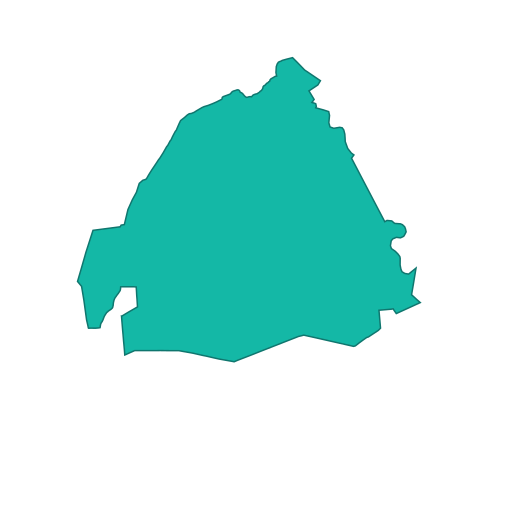 Frumuseni, Arad, Romania, rotated 45°
{"feature_id": "2599482B78271003832809", "entity_name": "Frumuseni", "entity_type": "district", "adm_level": 2, "iso_a3": "ROU", "parent_name": "Romania", "parent_adm1": "Arad", "projection": "mercator", "projection_center": [21.441, 46.085], "detail": "fine", "context": "isolated", "style": "filled", "palette": "teal", "viewbox_px": 512, "rotation_deg": 45, "n_neighbors": 0, "source": "geoboundaries", "source_scale": "gbopen_adm2", "svg_char_len": 3726}
<svg xmlns="http://www.w3.org/2000/svg" viewBox="0 0 512 512"><g transform="rotate(45 256 256)"><path d="M314.6,346.7L315.3,346.3L316.8,342.6L322.6,329.5L327.3,318.6L343.0,282.7L344.4,280.5L345.7,278.2L356.2,271.5L388.9,250.9L389.8,249.3L390.4,244.5L391.2,239.2L391.9,235.3L392.7,233.8L395.1,222.1L395.1,219.0L381.3,207.4L389.3,197.9L390.4,196.4L392.0,196.8L395.9,197.5L405.1,172.8L403.3,172.9L400.5,173.1L397.4,173.2L393.4,173.4L387.1,164.5L377.7,151.4L376.7,160.9L375.1,162.0L373.6,163.1L370.4,163.9L367.7,162.8L364.2,160.4L359.6,155.7L358.1,154.7L354.9,154.2L351.1,154.2L346.5,155.0L343.8,153.7L340.9,149.7L340.6,147.2L342.1,143.5L343.7,142.3L345.3,141.0L345.9,139.5L346.5,137.6L346.1,135.8L345.1,132.8L342.5,131.1L340.4,130.2L337.4,130.3L335.4,131.1L331.0,134.9L327.2,135.2L323.5,138.2L322.8,140.7L298.7,133.2L273.8,125.4L254.4,119.3L253.8,115.3L250.6,115.8L244.8,115.1L238.2,112.0L235.8,109.8L232.6,107.0L228.9,104.8L226.3,104.4L224.2,105.8L220.7,110.7L217.1,112.4L213.3,110.3L208.6,104.6L205.3,102.5L200.4,105.0L193.4,109.0L192.9,107.6L190.6,106.1L189.5,106.5L187.0,107.9L186.4,104.2L176.7,101.8L178.8,91.3L177.6,86.5L167.1,88.5L158.9,90.1L148.3,89.9L141.6,89.9L138.5,95.1L136.2,99.2L136.0,100.2L135.2,101.9L134.8,103.1L135.2,105.2L136.4,107.7L140.4,112.2L143.4,114.2L142.6,115.3L141.7,118.8L141.3,120.0L141.4,121.5L142.1,122.8L141.8,123.8L141.9,125.1L141.5,126.0L141.5,127.3L141.6,129.1L141.2,130.2L141.3,131.2L142.2,132.6L142.6,133.8L142.8,135.3L142.5,136.4L142.6,137.8L142.2,139.5L142.0,140.7L141.4,141.3L141.2,142.0L140.6,142.9L140.1,144.5L140.2,145.8L140.3,146.5L139.1,147.5L138.3,148.6L137.8,149.6L137.2,150.5L135.8,150.9L134.3,150.9L131.6,150.6L130.0,150.9L129.2,151.4L127.6,150.8L126.3,150.9L125.2,151.8L124.6,153.1L123.3,155.5L123.0,156.8L123.0,157.7L123.2,159.0L123.1,159.9L122.7,160.9L121.7,163.1L120.8,165.0L120.1,166.5L120.0,167.7L120.9,168.9L120.9,169.7L119.1,175.1L117.7,178.7L115.7,183.3L113.7,187.0L112.9,189.1L111.4,194.8L110.9,196.9L110.8,197.8L109.5,200.9L108.2,202.6L107.7,204.9L107.5,208.7L106.9,213.5L108.0,216.7L109.9,221.5L110.7,223.4L110.8,224.9L111.7,227.9L112.7,231.0L113.8,233.9L113.9,235.3L115.4,240.3L115.5,241.8L117.4,248.7L118.8,254.9L119.0,256.8L119.8,260.5L121.5,269.1L122.2,272.2L122.9,275.1L123.7,277.9L123.9,279.7L123.2,281.0L122.4,282.5L122.1,287.2L126.4,295.5L128.8,303.7L132.6,313.7L140.7,326.9L138.8,329.5L139.3,331.4L122.6,353.1L133.1,373.6L135.4,377.7L140.5,386.9L147.8,400.2L154.1,400.8L154.4,401.0L165.6,409.0L181.4,421.0L186.2,424.0L188.3,425.4L188.6,425.5L190.4,423.6L193.5,420.6L195.2,418.6L196.4,417.0L196.0,416.3L195.8,416.0L195.3,415.6L195.0,414.9L194.6,414.4L194.2,413.7L194.0,413.2L193.7,412.0L193.6,411.2L193.4,410.7L193.2,410.1L192.9,409.3L192.4,408.2L191.9,407.1L191.4,405.9L191.1,404.8L190.7,403.0L190.5,402.1L190.4,401.3L190.6,400.3L190.5,400.0L190.5,399.7L190.6,399.2L190.7,398.8L190.7,398.3L190.8,397.8L191.0,397.2L191.1,396.7L191.2,395.7L191.2,395.1L191.2,394.3L191.0,393.7L190.7,393.2L190.5,392.9L189.9,391.9L188.8,390.6L188.1,389.7L187.8,389.2L187.3,388.4L187.0,388.0L186.6,387.1L186.2,386.2L185.8,384.8L185.7,383.7L185.5,383.0L185.2,381.0L185.1,379.8L184.8,378.7L184.7,377.9L184.4,376.6L184.1,376.0L183.7,375.4L183.5,375.1L182.1,373.5L183.2,372.3L191.3,364.2L193.2,362.6L196.6,365.6L199.5,368.2L202.2,370.5L208.2,375.8L205.5,385.8L203.6,393.5L203.4,393.6L207.5,397.1L214.2,402.8L216.5,404.7L223.0,410.2L224.6,411.5L229.5,415.6L233.2,418.8L233.6,417.9L234.1,416.5L235.7,412.3L237.1,408.7L243.6,402.2L245.8,400.0L252.3,393.5L255.0,390.7L263.0,382.9L265.7,380.2L268.5,377.4L272.3,374.8L273.4,374.0L278.7,370.3L280.0,369.4L288.9,363.8L291.7,361.9L293.0,361.1L299.4,357.1L302.7,355.0L314.6,346.7Z" fill="#14b8a6" stroke="#0f766e" stroke-width="1.5"/></g></svg>